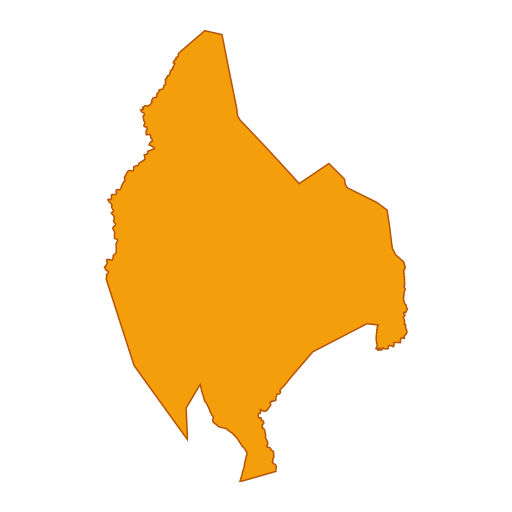 outline of San Juan Tamazola, Oaxaca, Mexico
{"feature_id": "50627088B32435173505967", "entity_name": "San Juan Tamazola", "entity_type": "district", "adm_level": 2, "iso_a3": "MEX", "parent_name": "Mexico", "parent_adm1": "Oaxaca", "projection": "robinson", "projection_center": [-97.154, 17.118], "detail": "fine", "context": "isolated", "style": "filled", "palette": "amber", "viewbox_px": 512, "rotation_deg": 0, "n_neighbors": 0, "source": "geoboundaries", "source_scale": "gbopen_adm2", "svg_char_len": 6061}
<svg xmlns="http://www.w3.org/2000/svg" viewBox="0 0 512 512"><path d="M134.1,365.6L187.3,439.5L187.4,435.3L186.1,408.0L200.2,384.5L201.4,389.5L201.6,391.0L202.1,392.6L203.0,394.9L203.8,398.1L204.7,401.2L205.3,402.2L205.9,402.6L206.5,403.4L207.5,405.5L207.8,405.8L209.5,409.7L209.9,411.3L210.7,412.6L211.4,414.4L211.9,415.2L212.9,416.2L213.3,417.3L213.1,418.1L212.7,420.5L213.1,421.9L213.5,422.6L216.8,424.9L218.1,426.3L218.8,426.7L222.3,427.8L223.7,427.8L226.5,428.9L228.8,430.8L231.8,432.9L233.2,434.1L237.1,438.3L237.9,439.3L239.4,442.0L240.1,442.8L240.6,443.8L242.1,446.1L244.1,448.0L246.4,451.6L246.9,452.7L246.9,454.0L244.8,462.5L243.9,468.0L242.5,471.9L242.1,474.4L240.0,481.3L242.4,481.0L274.8,471.7L275.9,471.5L275.8,469.6L276.5,467.1L275.5,464.7L273.3,463.4L272.4,462.1L273.0,460.4L272.8,459.7L273.2,458.0L273.6,457.9L273.9,457.1L273.6,454.0L273.6,452.5L273.0,451.1L271.4,450.2L270.6,448.5L269.6,447.5L267.7,447.3L267.0,446.8L266.8,446.0L267.6,444.8L267.4,444.5L267.9,442.8L266.4,439.3L265.3,437.6L265.3,437.0L265.8,436.0L265.7,435.0L265.3,434.3L264.8,430.4L264.3,429.3L263.3,428.3L262.3,428.3L262.2,424.8L262.6,424.4L263.2,424.1L263.8,423.3L263.7,422.0L262.9,420.7L261.3,420.5L261.1,419.7L261.4,419.0L261.2,418.2L260.9,417.8L258.7,417.7L258.3,415.7L258.4,414.3L258.3,413.8L259.5,413.3L260.2,413.4L260.5,412.6L260.7,410.9L260.1,409.7L260.4,409.4L261.3,410.1L262.9,410.9L264.6,411.2L265.9,411.1L267.1,410.3L268.2,408.8L269.5,406.7L270.4,405.7L270.7,405.1L270.6,404.1L270.2,402.8L270.3,402.4L271.7,401.6L271.6,401.3L272.0,400.9L272.6,401.3L273.2,401.2L274.0,400.8L275.1,400.7L276.0,400.0L275.7,398.4L276.7,395.4L276.8,394.3L278.2,394.1L279.4,393.9L280.1,393.3L280.4,392.6L280.5,391.4L279.9,391.1L279.8,390.6L280.2,389.8L282.2,387.5L283.6,386.5L291.0,377.2L312.8,351.8L366.8,323.8L378.4,324.9L378.7,324.8L377.8,325.7L377.1,326.9L377.3,328.4L377.0,329.1L377.0,329.5L376.7,329.8L376.7,330.1L376.9,331.5L376.3,334.7L376.4,335.1L376.3,335.9L376.4,337.1L376.1,337.5L376.1,337.9L376.5,342.2L377.2,344.7L377.0,346.6L376.6,347.1L375.9,348.7L377.4,349.3L377.8,350.0L378.2,350.3L378.8,350.1L378.7,349.3L378.4,348.5L378.8,348.2L379.8,348.3L380.2,349.8L380.8,350.1L381.4,350.0L382.0,349.7L382.2,349.4L382.2,348.4L382.3,348.1L382.7,347.9L383.1,348.0L383.7,348.6L384.2,348.8L385.4,348.7L386.3,348.8L386.8,349.0L387.8,348.8L388.1,348.5L388.4,348.0L388.3,346.5L388.4,346.1L389.2,345.5L389.9,345.5L392.1,346.0L392.9,346.6L393.4,346.7L393.8,346.2L393.9,345.6L394.0,344.4L393.8,343.7L394.5,342.5L396.9,342.4L398.1,342.7L398.9,342.4L400.2,342.7L400.6,341.5L400.4,340.3L401.0,338.2L401.5,337.9L404.2,338.5L404.6,338.1L404.1,337.2L404.5,335.9L406.6,333.3L407.0,332.3L406.6,329.8L405.8,328.6L405.5,324.6L404.6,324.7L404.2,324.1L404.8,321.7L403.4,317.2L405.1,315.3L404.0,314.8L403.7,313.4L403.8,312.4L404.5,312.1L405.6,312.8L407.5,308.8L406.2,307.2L406.2,305.5L406.0,304.7L405.0,303.9L404.4,303.3L404.2,301.6L403.9,301.0L403.8,300.2L403.4,298.6L403.4,297.3L403.6,297.3L403.6,297.1L403.8,296.1L403.7,295.7L403.9,295.6L404.1,293.7L403.8,293.3L403.9,292.6L404.2,291.9L404.5,291.5L405.3,288.9L404.7,288.3L403.7,286.4L403.8,286.0L404.6,285.9L404.7,284.2L404.5,282.6L404.7,282.3L404.7,281.8L404.4,281.4L404.6,280.1L404.6,279.5L404.4,279.4L404.5,276.8L404.0,276.5L403.9,275.9L403.9,275.2L404.2,274.7L403.9,272.8L403.8,270.8L403.9,270.0L404.3,269.9L404.7,269.4L404.8,269.0L404.7,268.6L404.8,268.1L405.1,267.9L405.2,267.3L404.8,267.0L404.8,266.7L405.0,266.3L404.7,265.7L404.4,263.6L403.9,262.9L403.3,261.3L401.6,260.1L395.5,254.6L392.4,248.3L391.7,244.0L389.7,227.2L387.1,210.1L376.8,202.4L347.9,188.1L347.3,187.9L345.1,183.8L344.7,179.9L344.1,178.7L328.9,163.5L299.2,183.6L289.4,172.8L263.8,145.0L240.1,120.1L237.8,116.4L237.2,113.5L236.9,109.3L227.2,61.2L226.1,55.4L222.0,34.6L204.7,30.7L179.2,52.7L178.6,53.5L178.2,55.0L178.2,55.8L178.3,56.2L177.8,56.8L177.0,57.2L176.4,57.2L175.8,58.2L176.2,58.8L175.9,59.3L174.8,60.0L174.6,60.7L173.5,61.5L173.5,62.0L173.2,62.8L174.8,63.6L173.9,65.7L173.2,66.4L173.1,67.0L172.4,68.2L172.6,69.4L171.7,69.7L170.9,70.3L170.3,71.4L169.5,74.3L169.0,75.5L167.8,75.7L166.9,76.6L166.9,78.2L165.4,79.2L165.2,79.7L165.6,80.6L165.3,82.8L165.7,83.7L165.7,84.2L163.9,85.5L163.8,86.8L163.4,87.4L163.2,88.5L162.6,89.0L161.6,89.5L160.8,89.4L159.2,89.9L158.4,92.2L157.6,93.4L156.8,94.1L156.9,94.9L156.7,95.5L156.5,97.1L156.3,97.4L154.7,97.4L154.3,97.7L153.1,97.9L152.6,98.4L151.5,101.1L151.5,101.4L152.1,101.8L151.5,103.1L151.0,103.4L150.7,104.2L149.5,104.9L148.9,105.5L147.4,106.3L146.9,106.1L146.4,105.8L145.6,105.6L144.8,105.7L143.9,106.8L143.2,106.9L142.6,107.3L142.4,107.9L143.1,108.4L143.3,108.8L143.3,109.2L143.1,109.5L141.1,109.8L140.5,110.1L141.2,110.9L141.7,112.0L144.2,113.4L144.6,114.2L144.1,115.4L143.0,116.1L143.9,121.0L144.8,122.2L144.5,124.4L143.9,125.1L143.8,125.7L144.4,126.6L146.9,127.3L147.3,128.5L146.3,130.6L146.0,132.2L146.2,134.6L146.8,134.9L147.9,134.5L150.0,134.7L150.6,135.5L150.9,138.2L152.3,139.5L152.4,140.8L151.1,141.6L149.2,144.0L149.1,145.0L151.4,145.8L154.2,148.1L154.4,148.8L147.7,151.2L147.5,153.9L146.3,154.4L144.3,154.6L144.4,156.2L144.8,157.2L145.0,159.0L143.8,160.2L139.5,162.8L139.0,163.5L138.1,165.4L135.7,165.9L133.9,166.7L133.6,167.9L133.7,169.7L133.0,171.0L131.9,171.0L129.8,170.3L128.4,170.7L127.4,171.9L124.4,177.6L125.0,180.7L123.8,181.6L121.6,185.8L120.8,188.6L119.6,189.8L117.1,189.5L116.1,190.2L116.4,193.3L115.9,194.3L114.9,194.5L111.9,194.6L111.4,195.1L111.4,199.0L110.5,199.8L108.9,199.1L108.1,199.3L108.0,200.1L109.1,201.9L111.3,203.7L111.8,204.8L111.7,207.6L113.3,210.1L113.3,211.3L112.5,212.2L111.3,212.9L112.1,214.1L113.7,215.9L114.3,217.3L114.0,219.5L113.6,220.6L113.5,221.6L115.7,223.9L115.4,225.3L113.9,226.1L112.7,228.3L114.5,231.9L114.7,233.5L114.3,236.7L114.6,238.5L117.2,239.3L117.7,240.4L116.1,243.8L116.3,251.7L115.3,254.1L114.2,254.5L113.3,255.4L112.9,259.1L112.2,260.0L110.4,259.9L108.7,259.3L106.8,259.6L106.7,260.4L107.3,263.3L105.5,266.2L104.5,266.8L105.8,270.0L108.4,271.5L108.3,272.8L106.5,274.6L106.8,276.9L106.1,278.8L134.1,365.6Z" fill="#f59e0b" stroke="#b45309" stroke-width="1.5"/></svg>